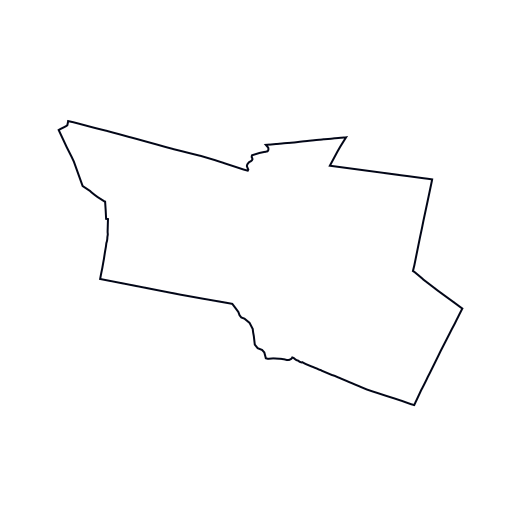 Ramnicelu, Buzau, Romania, rotated 277°
{"feature_id": "2599482B19117099311007", "entity_name": "Ramnicelu", "entity_type": "district", "adm_level": 2, "iso_a3": "ROU", "parent_name": "Romania", "parent_adm1": "Buzau", "projection": "albers", "projection_center": [27.132, 45.371], "detail": "fine", "context": "isolated", "style": "outline", "palette": "ink", "viewbox_px": 512, "rotation_deg": 277, "n_neighbors": 0, "source": "geoboundaries", "source_scale": "gbopen_adm2", "svg_char_len": 4022}
<svg xmlns="http://www.w3.org/2000/svg" viewBox="0 0 512 512"><g transform="rotate(277 256 256)"><path d="M229.0,467.2L230.2,465.0L230.7,464.1L232.7,460.6L243.7,440.8L253.1,424.8L253.7,424.1L259.3,415.5L260.2,413.6L266.1,414.3L294.6,416.5L303.6,417.3L311.6,417.9L329.6,419.5L351.8,421.4L353.5,421.5L353.6,416.8L353.6,413.2L353.8,396.7L353.8,390.6L354.0,373.0L354.3,347.8L354.5,328.9L354.6,318.3L369.8,324.2L374.8,326.3L384.7,330.9L384.6,330.6L384.3,329.0L384.3,328.6L383.9,326.9L383.8,326.2L383.0,322.6L382.3,319.1L382.0,318.1L381.4,315.7L380.9,313.2L380.2,309.6L380.1,308.9L379.6,307.1L379.3,305.8L379.1,304.6L378.3,300.9L377.8,298.9L377.0,295.3L376.2,292.0L375.5,288.7L374.7,285.4L374.1,283.2L373.4,280.5L372.9,278.0L372.3,275.2L372.1,274.0L371.7,271.9L371.4,270.4L370.6,267.1L370.3,265.6L369.9,264.0L369.6,262.2L369.0,259.6L368.3,256.5L368.2,256.0L368.2,255.6L367.8,253.7L367.5,252.2L366.2,253.6L365.1,254.9L363.7,255.3L363.1,255.3L362.8,255.3L362.0,255.1L361.7,254.9L361.2,254.5L361.1,253.9L360.6,252.9L360.3,251.6L358.7,246.9L355.5,239.8L354.5,239.6L353.6,239.7L352.5,240.4L351.7,240.7L350.5,240.3L349.4,239.3L348.4,237.8L346.5,236.5L345.0,236.0L344.1,236.0L342.9,236.6L340.8,237.8L339.7,237.4L340.3,233.2L341.9,225.1L344.2,213.4L344.4,212.5L344.5,212.2L345.1,208.9L345.8,205.3L346.2,203.4L346.4,202.1L347.3,196.8L348.7,188.5L348.7,188.0L350.2,175.7L350.9,170.3L351.5,165.3L352.0,161.0L352.2,160.0L352.9,154.8L353.4,151.4L353.8,148.9L354.3,145.6L354.7,143.1L355.2,139.6L355.7,136.2L356.2,132.8L357.6,123.5L358.5,117.1L358.6,116.0L359.6,109.4L360.1,106.0L360.4,103.9L361.0,99.5L361.8,94.0L362.1,92.2L362.1,91.8L363.2,82.6L363.7,78.7L364.6,72.2L364.8,70.9L365.0,69.4L365.8,63.7L366.6,57.7L366.6,57.2L367.0,53.1L366.4,53.1L362.8,52.8L362.0,52.0L360.5,49.9L358.6,47.0L357.7,45.7L357.0,44.8L347.6,50.7L341.2,54.7L331.8,61.0L327.5,63.7L304.3,75.4L300.3,83.4L299.3,84.7L298.6,85.8L297.0,88.4L295.2,91.6L291.7,98.9L291.6,99.6L283.2,101.2L274.6,102.7L274.6,104.6L273.3,104.7L266.9,105.3L262.5,105.7L261.6,105.8L260.2,106.1L259.0,106.3L257.6,106.2L256.3,106.2L255.1,106.3L254.2,106.3L253.5,106.3L253.1,106.3L252.3,106.2L251.1,106.0L250.6,105.9L247.0,105.9L241.3,105.6L234.3,105.4L232.8,105.3L225.2,104.9L220.3,104.5L214.2,104.1L214.1,105.5L213.5,113.8L208.4,185.9L208.2,189.7L207.2,207.7L205.8,235.1L205.6,238.3L202.0,241.8L198.3,245.3L195.2,246.9L193.2,248.9L192.4,252.2L188.8,257.8L184.7,260.6L183.1,261.7L182.5,261.8L179.7,262.5L176.2,263.6L167.9,265.6L164.7,268.9L163.5,273.5L161.3,276.0L156.8,277.8L155.7,278.2L155.4,280.3L155.5,281.1L155.7,281.9L156.4,285.2L156.6,287.0L156.7,289.2L157.0,293.7L156.9,295.1L156.9,296.6L156.5,299.4L156.9,301.6L158.1,303.4L158.6,303.8L159.1,304.1L159.4,304.3L159.7,304.4L159.6,304.8L159.5,305.2L159.4,305.7L159.2,306.1L158.9,306.5L158.7,306.8L158.4,307.3L158.0,308.0L157.7,308.6L157.5,309.2L157.4,309.8L157.3,310.3L157.2,310.6L157.2,310.8L156.8,311.4L156.6,311.7L156.4,312.0L156.3,312.3L156.2,312.7L156.1,313.3L156.0,313.6L155.9,314.0L155.9,314.3L156.0,314.6L156.2,315.0L156.0,315.3L155.8,316.1L155.4,316.9L154.7,319.0L154.3,320.4L153.8,322.2L153.4,323.6L153.0,325.1L152.9,325.7L152.2,328.1L151.7,330.2L151.4,331.0L151.1,331.9L150.8,332.9L150.7,334.1L150.2,335.1L148.2,342.1L147.5,344.5L147.3,345.3L147.1,345.9L147.0,346.4L147.0,346.9L146.8,347.6L146.7,348.5L145.5,352.4L145.4,352.8L145.2,353.7L144.6,355.6L142.9,361.6L142.3,363.5L141.4,366.9L140.5,369.9L139.3,374.3L138.8,375.9L137.0,382.3L135.8,388.1L134.9,392.9L133.1,402.0L131.8,409.0L131.6,410.2L130.3,416.7L130.0,418.3L128.8,423.5L128.2,426.2L127.8,427.9L127.5,430.1L127.3,430.9L127.3,431.2L128.0,431.4L129.4,431.9L130.5,432.2L132.2,432.8L140.2,435.4L141.8,435.9L143.6,436.5L144.3,436.8L145.3,437.2L146.2,437.5L147.5,438.0L152.0,439.6L154.6,440.5L156.8,441.2L160.8,442.7L162.8,443.4L164.8,444.1L168.5,445.4L179.1,449.1L184.1,450.8L189.8,452.9L202.9,457.7L207.1,459.2L211.2,460.8L213.3,461.6L217.4,463.0L218.2,463.3L220.1,464.0L220.7,464.2L222.7,464.9L224.9,465.7L229.0,467.2Z" fill="none" stroke="#020617" stroke-width="2"/></g></svg>